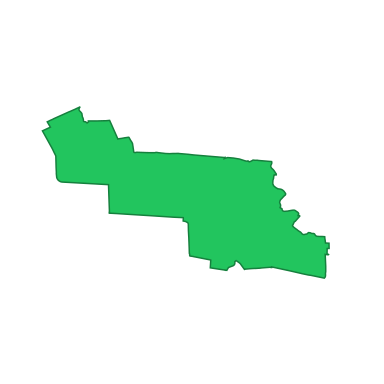 Ganeasa, Ilfov, Romania, rotated 218°
{"feature_id": "2599482B87656672806771", "entity_name": "Ganeasa", "entity_type": "district", "adm_level": 2, "iso_a3": "ROU", "parent_name": "Romania", "parent_adm1": "Ilfov", "projection": "natural_earth1", "projection_center": [26.324, 44.507], "detail": "fine", "context": "isolated", "style": "filled", "palette": "green", "viewbox_px": 384, "rotation_deg": 218, "n_neighbors": 0, "source": "geoboundaries", "source_scale": "gbopen_adm2", "svg_char_len": 5653}
<svg xmlns="http://www.w3.org/2000/svg" viewBox="0 0 384 384"><g transform="rotate(218 192 192)"><path d="M349.3,158.2L348.9,158.0L343.5,155.9L347.5,148.1L328.5,140.0L327.5,139.5L326.5,139.0L324.1,137.8L322.6,137.1L321.8,136.7L321.5,136.5L321.2,136.2L314.2,127.7L311.1,124.1L310.2,122.9L307.6,120.2L306.5,119.5L305.0,119.0L304.2,118.9L303.1,119.0L302.3,119.1L301.6,119.3L300.6,119.8L262.3,146.4L261.5,145.4L253.7,136.1L244.4,125.0L244.3,124.9L244.5,124.8L244.1,124.4L244.0,124.5L238.3,128.5L227.0,136.2L218.7,141.9L210.4,147.6L191.0,160.8L183.1,166.4L182.7,166.0L181.3,164.0L181.1,163.7L178.9,164.8L176.5,165.2L175.4,164.7L171.0,159.3L166.8,154.5L166.6,154.3L160.2,146.7L156.3,142.0L156.2,141.9L155.9,141.8L155.7,141.7L154.6,140.4L154.4,140.3L154.2,140.3L151.0,142.1L150.8,142.1L149.7,142.7L140.0,147.6L136.5,149.4L135.3,149.9L130.9,143.5L128.2,145.0L124.8,146.9L119.5,149.9L118.6,150.4L117.9,150.7L118.0,150.8L116.3,151.7L116.4,152.3L116.7,154.3L116.7,155.0L116.6,155.3L116.3,155.8L116.0,156.2L115.5,157.1L115.2,157.5L114.9,158.0L114.6,158.5L114.2,159.1L113.9,160.3L113.8,160.8L113.9,161.2L114.2,161.9L114.4,162.3L114.9,162.9L115.4,163.6L115.2,164.2L115.0,165.1L111.6,165.3L110.5,165.3L109.6,165.2L107.7,164.6L106.6,164.3L103.1,163.3L103.0,163.6L102.9,163.5L102.7,163.8L101.8,164.7L98.7,167.6L97.7,168.5L95.4,170.5L94.6,171.1L93.4,172.2L91.7,173.7L90.1,175.3L85.6,179.4L84.0,180.9L83.4,181.3L83.0,181.6L82.9,181.4L82.7,181.6L83.0,181.9L82.9,182.0L83.0,182.1L82.5,182.3L66.4,190.1L55.9,195.0L55.4,195.2L49.9,197.9L49.6,198.0L47.2,199.4L47.4,199.4L46.4,199.8L43.6,201.2L38.1,203.9L34.7,205.6L34.7,206.0L34.7,206.4L34.7,207.0L34.9,207.6L35.5,208.6L36.7,210.0L37.6,211.6L40.9,215.8L48.6,224.8L48.3,224.9L47.7,225.3L46.6,226.0L45.9,226.6L45.9,226.8L46.2,226.8L46.9,226.6L47.6,226.5L50.7,230.7L50.1,231.2L49.2,231.9L52.5,236.0L55.4,234.0L57.1,235.7L58.6,237.1L59.9,238.5L62.0,237.1L64.5,235.2L66.3,234.0L66.9,233.8L67.4,233.8L67.9,233.8L68.7,234.0L68.9,234.1L69.7,234.4L70.1,234.3L70.7,234.1L71.8,233.3L72.2,233.0L72.7,232.9L73.4,232.8L74.9,232.0L75.2,231.7L75.4,231.0L75.5,230.1L75.8,229.4L75.9,229.2L76.5,228.7L76.9,228.3L77.2,227.7L78.1,227.0L78.8,226.8L79.6,226.8L80.5,227.0L81.6,227.2L82.1,227.2L82.5,227.1L83.8,227.0L84.7,226.9L86.6,227.0L87.2,226.9L88.0,226.9L89.7,226.9L90.2,226.9L90.8,227.0L91.1,227.0L91.3,227.1L91.9,227.3L92.2,227.6L92.3,228.4L92.4,229.0L92.6,229.8L92.8,230.4L92.8,230.7L93.0,231.1L93.0,231.6L92.6,232.4L92.2,239.3L92.4,239.5L93.0,239.4L93.8,239.2L94.0,238.9L94.4,240.2L94.5,240.5L95.2,240.9L95.7,241.1L96.0,241.1L96.6,241.1L97.0,241.1L97.3,241.0L97.7,241.0L98.5,241.0L98.9,241.0L99.5,240.9L99.9,240.8L100.3,240.6L100.6,240.4L101.0,240.1L101.4,239.7L102.0,239.1L103.1,237.9L103.6,237.3L104.3,236.5L104.6,236.2L104.9,235.8L105.2,235.5L105.7,235.1L106.0,234.8L107.0,233.9L107.6,233.4L108.2,233.2L108.6,233.1L108.8,233.1L109.2,233.1L109.8,233.4L110.1,233.6L110.4,233.7L110.6,233.9L110.8,234.2L111.2,234.2L111.3,234.1L111.5,234.1L112.3,233.9L112.6,233.8L112.9,233.9L113.1,234.0L113.2,234.3L113.1,234.8L113.3,235.0L113.8,235.7L113.9,236.0L114.3,236.4L114.5,236.5L116.1,237.4L116.6,237.8L117.0,238.6L117.2,239.3L117.4,239.7L117.4,240.8L117.3,241.9L117.2,242.1L117.2,242.7L117.1,244.0L117.0,244.7L116.9,245.9L116.6,247.1L116.9,248.0L117.3,248.4L119.9,249.2L120.8,249.3L121.7,249.3L122.7,249.2L123.7,248.9L124.6,248.4L124.8,248.3L126.3,247.4L126.6,247.3L126.8,247.4L127.4,247.2L128.3,247.1L129.3,247.1L130.5,247.1L131.4,247.2L131.7,247.3L132.1,247.5L132.6,247.8L133.1,247.9L133.4,248.3L133.9,248.9L134.2,249.3L134.7,249.9L134.8,250.2L135.2,250.7L135.5,251.3L135.8,251.9L136.0,252.7L136.4,253.4L137.0,254.3L137.4,255.2L137.7,256.1L137.3,256.2L136.9,256.9L136.2,257.2L136.5,257.9L137.0,258.2L137.8,258.4L140.0,259.2L141.6,259.6L144.0,259.8L145.4,260.4L146.1,261.1L146.6,263.1L146.8,263.7L147.3,264.4L148.0,265.0L157.3,258.9L159.0,257.8L160.3,257.1L160.6,256.8L162.3,255.5L163.3,254.9L163.6,254.7L163.7,254.4L163.9,253.9L164.2,253.1L164.4,252.7L164.5,252.5L165.5,251.0L166.3,250.9L166.7,251.0L166.8,251.0L167.0,251.0L167.1,250.6L167.3,250.6L168.1,249.8L169.5,249.2L174.9,247.2L180.2,244.3L180.8,243.9L185.1,241.1L187.1,238.2L187.4,239.5L187.9,239.0L213.7,222.1L218.0,219.5L222.9,216.3L225.8,214.4L226.2,214.2L227.4,213.3L229.3,211.7L231.1,210.3L232.0,209.5L232.7,208.9L233.4,208.3L237.2,205.6L237.3,205.6L242.5,202.4L243.8,201.7L244.3,201.4L244.7,201.1L245.0,200.8L245.2,200.4L245.4,200.2L245.7,199.9L247.9,198.2L250.0,196.6L250.8,196.0L252.0,195.1L253.1,194.3L256.4,191.9L257.1,191.4L258.6,190.3L259.9,189.4L260.2,189.1L260.4,188.8L260.7,188.5L261.0,188.1L261.7,187.7L261.9,187.6L262.2,187.5L262.4,187.6L262.7,187.8L264.2,189.3L264.7,189.8L265.2,190.2L266.6,191.6L267.5,192.4L268.1,193.0L268.3,193.2L268.5,193.4L269.0,193.7L269.4,193.9L269.8,194.1L270.5,194.4L271.5,194.7L272.1,194.9L272.9,195.2L273.8,195.6L275.0,196.1L275.3,196.2L275.5,196.2L275.8,196.0L277.6,194.1L278.2,193.5L278.9,192.7L280.5,190.9L281.1,190.3L281.7,189.7L282.6,188.7L283.0,188.1L292.9,193.4L296.8,195.5L301.0,197.7L302.1,196.7L302.7,196.1L303.2,195.6L306.0,193.3L311.2,189.0L312.0,188.4L315.2,185.9L317.4,184.2L316.7,183.6L317.0,182.6L317.2,181.8L318.3,181.8L319.0,181.8L319.4,181.6L320.3,181.0L320.9,180.9L321.4,181.3L322.1,182.1L322.8,182.7L323.5,183.1L323.8,183.4L324.3,183.5L324.8,183.9L325.9,184.9L326.9,185.9L327.5,186.2L328.5,186.4L329.2,186.6L329.8,186.6L330.5,186.7L331.4,187.1L331.6,187.2L331.9,187.5L332.2,188.0L332.4,188.6L332.5,189.2L332.6,189.9L332.5,190.4L333.4,188.6L334.3,186.9L335.0,185.4L336.2,183.2L337.7,180.4L338.2,179.6L346.1,164.6L346.5,163.6L347.8,161.2L348.7,159.3L349.3,158.2Z" fill="#22c55e" stroke="#15803d" stroke-width="1.5"/></g></svg>